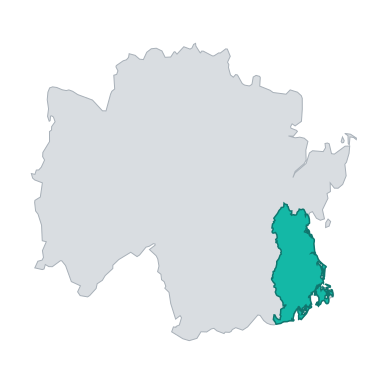 location of Mecklenburg-Vorpommern within Germany, rotated 93°
{"feature_id": "DEU-3488", "entity_name": "Mecklenburg-Vorpommern", "entity_type": "State", "adm_level": 1, "iso_a3": "DEU", "parent_name": "Germany", "parent_adm1": "", "projection": "natural_earth1", "projection_center": [12.667, 53.898], "detail": "fine", "context": "in_parent", "style": "filled", "palette": "teal", "viewbox_px": 384, "rotation_deg": 93, "n_neighbors": 0, "source": "natural_earth", "source_scale": "10m", "svg_char_len": 9205}
<svg xmlns="http://www.w3.org/2000/svg" viewBox="0 0 384 384"><g transform="rotate(93 192 192)"><path d="M160.3,343.0L149.1,336.9L139.1,337.5L137.5,335.5L134.1,335.6L129.0,332.4L124.4,334.3L123.3,336.1L123.6,337.2L128.2,337.4L128.8,338.3L124.1,340.2L116.4,339.6L107.4,341.4L99.8,341.1L95.5,339.6L94.3,336.7L94.7,332.5L96.7,327.0L97.3,322.9L96.5,320.3L97.7,316.4L100.7,311.2L105.4,296.2L115.6,285.7L115.5,282.1L98.4,278.4L95.6,277.3L93.2,274.6L79.5,276.2L78.5,273.4L74.9,272.3L71.0,274.5L69.7,274.2L64.6,267.6L63.4,264.4L60.9,262.4L57.2,262.0L58.5,255.9L62.1,251.3L62.3,247.5L54.8,244.5L51.1,240.2L50.3,235.2L52.7,229.4L58.9,225.9L58.3,220.3L53.1,217.3L52.8,216.4L55.1,214.2L47.4,207.8L49.4,201.4L48.1,199.5L44.5,198.1L43.4,196.2L46.0,195.8L52.4,191.3L52.6,190.6L50.9,190.0L50.7,188.2L55.0,178.8L54.9,177.2L51.7,172.6L51.7,171.0L47.3,165.8L47.4,164.2L54.5,160.9L60.5,163.3L62.8,161.9L65.8,162.1L73.1,159.7L75.2,156.8L72.4,154.5L72.8,152.7L81.1,147.5L82.5,145.0L83.1,140.3L82.1,138.7L81.0,137.7L74.0,136.9L72.2,134.1L73.0,130.5L74.2,129.8L82.7,129.9L86.3,119.4L88.4,116.2L89.4,103.2L84.9,99.3L86.8,91.9L90.1,87.9L92.6,86.8L103.6,86.2L115.7,86.4L120.6,92.5L118.7,95.6L121.6,97.0L123.1,96.5L125.0,90.8L126.0,89.9L131.0,93.7L131.0,98.6L132.5,91.9L131.6,87.2L132.4,82.7L135.4,78.9L144.2,80.5L154.1,79.7L157.7,81.4L166.0,90.1L172.3,92.0L167.5,90.1L157.5,79.5L146.9,76.8L144.5,73.8L144.8,63.1L140.9,61.0L136.6,61.7L136.0,59.3L136.7,57.5L146.4,54.7L146.7,51.8L138.2,41.5L137.9,36.9L145.2,37.2L154.2,39.3L156.3,40.8L167.8,38.9L176.5,41.9L180.6,46.3L180.7,50.0L175.6,54.5L184.3,53.8L186.5,57.1L191.2,55.9L202.9,60.8L211.9,58.3L213.5,62.3L211.7,66.4L205.3,70.7L206.7,73.4L208.7,74.0L214.7,73.4L224.1,76.0L236.7,67.8L246.8,66.9L261.5,54.7L275.9,57.0L279.7,62.2L289.3,68.0L298.1,67.5L301.3,73.0L302.7,79.8L307.8,83.3L315.3,84.8L316.6,91.9L320.4,103.1L320.3,106.6L319.0,110.4L316.6,113.7L311.7,117.5L311.4,119.8L323.8,129.4L327.3,134.2L325.2,141.2L327.2,144.5L329.3,145.7L330.2,147.4L330.2,151.5L331.7,152.6L329.3,160.0L327.0,163.0L327.7,165.5L331.0,170.0L331.1,175.7L337.9,179.4L340.6,187.0L339.0,193.5L332.7,205.0L327.7,203.5L328.0,201.0L327.1,200.9L325.5,197.7L318.1,195.9L316.1,197.4L319.8,201.7L304.5,207.4L293.4,209.7L289.5,214.1L287.5,213.2L283.0,215.1L281.2,217.8L275.8,218.7L273.4,222.2L267.7,221.1L260.6,222.7L257.5,224.5L251.7,231.5L247.1,226.1L245.9,226.1L245.6,227.9L248.4,231.8L249.5,235.1L257.6,241.0L259.4,243.5L255.4,250.0L263.3,261.6L269.3,267.2L272.6,267.1L280.0,274.3L284.9,276.9L288.6,281.9L293.4,282.7L300.7,288.7L302.2,290.7L301.3,298.3L297.7,301.0L291.5,298.5L287.8,307.8L272.1,314.4L267.5,318.5L267.5,319.8L273.9,327.6L274.0,331.1L272.1,334.7L276.6,335.7L277.3,337.5L276.0,345.0L269.2,342.3L267.9,338.2L265.1,336.9L258.4,338.3L249.3,334.9L248.5,339.0L233.0,340.5L222.2,344.6L219.1,347.2L210.6,348.6L208.5,348.4L205.0,343.2L190.7,341.9L188.2,349.7L186.4,351.9L182.0,353.4L182.6,349.8L178.2,348.6L178.0,346.2L175.1,343.8L167.8,340.9L164.5,343.0L160.3,343.0ZM297.6,58.1L298.4,60.9L297.5,62.3L294.0,59.9L290.4,60.0L288.2,63.6L286.6,63.7L281.1,60.5L280.2,58.9L280.6,51.5L282.4,50.0L282.6,47.7L285.7,45.3L288.4,45.2L290.6,48.6L295.9,50.9L296.3,51.9L293.5,54.8L294.2,56.4L297.6,58.1ZM313.7,75.8L313.8,79.1L304.6,78.7L303.8,76.3L304.4,73.9L301.4,71.3L301.4,68.6L313.7,75.8ZM127.6,39.2L125.5,42.5L126.0,36.7L129.6,30.6L131.1,30.7L129.1,33.5L128.7,37.1L136.6,37.4L135.6,38.5L127.6,39.2ZM220.5,56.7L215.6,56.8L211.9,54.7L214.2,52.0L218.9,53.3L220.5,56.7ZM135.1,44.7L133.8,45.7L129.2,44.6L132.7,42.7L134.7,43.2L135.1,44.7Z" fill="#d9dde1" stroke="#a8b0b8" stroke-width="1"/><path d="M315.4,86.0L315.4,87.8L316.5,90.2L316.6,93.0L316.8,93.9L318.6,96.5L319.6,101.1L317.5,102.1L316.6,103.0L315.7,103.3L315.5,103.9L315.1,104.1L310.4,103.6L310.5,102.8L313.1,101.4L314.3,100.0L314.8,99.1L314.8,97.2L312.8,97.2L311.6,96.7L310.8,96.9L310.2,97.6L308.7,97.2L304.6,97.2L302.9,94.8L302.9,93.9L301.4,93.5L300.6,92.5L300.0,92.4L300.0,93.2L301.0,94.9L300.0,95.2L297.8,95.3L295.8,96.5L294.5,97.9L292.8,98.2L292.3,98.5L290.9,101.7L290.1,102.4L287.5,103.6L285.7,103.0L284.2,103.0L283.1,103.6L282.5,105.2L281.2,105.1L280.5,104.2L279.8,104.2L278.7,104.9L278.4,105.6L275.2,107.9L274.3,108.0L273.4,107.6L273.8,107.0L273.6,106.8L270.8,107.2L269.5,106.6L267.2,106.8L266.9,106.5L266.8,105.5L264.4,105.1L263.1,104.2L259.5,103.6L256.9,103.7L254.0,101.8L250.4,100.7L249.3,99.6L247.9,100.2L247.0,99.7L245.2,100.1L244.7,100.8L243.8,101.3L243.5,102.5L241.8,103.4L241.2,103.2L239.4,103.7L238.6,104.4L237.2,104.5L237.8,104.9L237.9,105.5L236.3,105.4L234.9,105.9L234.5,105.2L233.1,104.5L230.3,105.0L228.2,106.4L228.0,106.8L228.5,107.5L228.8,108.8L228.6,109.4L228.0,109.8L227.1,109.9L225.4,109.1L224.3,109.1L223.8,109.3L223.7,110.3L219.8,109.9L218.2,108.5L217.3,109.0L216.1,107.6L213.9,108.9L208.8,105.4L205.9,104.1L203.9,102.4L202.8,102.1L202.5,100.3L201.8,99.6L198.4,99.5L199.2,98.5L199.7,96.3L201.3,96.0L201.7,95.2L203.5,94.7L205.5,93.6L205.9,92.3L205.7,91.4L208.2,91.3L208.9,92.3L209.7,91.5L209.3,91.4L209.7,91.0L209.3,89.0L209.7,88.7L209.8,88.1L209.4,86.8L208.5,86.2L206.7,85.9L205.1,84.4L203.5,84.0L204.0,82.2L203.3,80.3L203.7,79.3L207.7,77.1L208.4,77.2L208.5,77.8L210.1,77.4L208.5,76.8L208.3,76.6L208.3,75.4L208.9,75.3L210.2,74.4L213.0,73.4L216.9,73.0L217.4,73.3L217.8,74.2L219.2,74.6L219.1,76.0L220.7,76.2L222.0,75.3L222.7,76.2L224.1,76.2L225.3,77.5L225.9,77.6L226.5,75.7L226.4,75.0L227.2,74.5L227.0,73.7L228.1,72.8L227.9,72.3L229.0,72.5L229.6,72.2L230.2,71.1L231.3,70.3L231.3,69.3L232.3,68.0L233.3,67.4L234.6,67.3L237.2,67.6L244.8,66.4L246.0,65.8L246.1,69.1L246.9,69.8L246.3,67.8L246.6,67.3L247.5,66.9L247.8,66.4L246.5,66.7L246.7,66.3L249.2,63.8L252.4,62.5L254.1,61.3L257.2,57.6L259.2,54.4L260.2,53.8L260.0,54.1L260.7,54.9L262.1,55.3L269.3,55.3L270.5,55.7L271.2,55.4L272.1,55.6L272.5,56.1L271.7,56.6L270.9,56.7L265.3,56.1L264.6,56.6L263.1,56.5L262.6,57.2L262.4,56.9L261.7,57.2L261.9,57.7L262.4,57.7L262.2,58.0L260.9,57.8L260.0,58.6L258.9,57.8L257.2,57.9L256.6,59.0L256.7,59.7L255.9,59.4L255.6,59.7L255.9,60.2L255.7,60.6L254.8,61.1L255.3,62.4L255.0,62.8L256.4,63.5L257.1,63.6L257.8,63.3L256.3,62.8L256.8,61.9L258.3,61.1L258.5,60.2L261.1,59.1L260.4,58.8L260.4,58.6L261.5,58.6L261.5,58.3L262.1,58.7L264.8,57.7L264.6,57.2L264.9,57.0L266.1,56.9L266.1,57.2L265.3,57.6L265.0,58.6L265.7,57.4L266.6,58.3L267.0,58.0L267.7,58.2L268.3,57.7L269.3,59.1L270.4,59.1L271.1,58.8L272.0,57.4L272.8,56.8L275.3,55.9L276.1,56.1L275.7,56.3L275.9,57.4L278.1,58.6L277.5,59.4L277.6,60.0L278.5,61.1L278.7,62.3L280.5,62.5L280.5,62.8L279.6,63.0L280.6,62.9L284.2,64.2L285.3,65.8L286.2,66.4L285.3,66.9L287.3,66.5L287.9,66.7L287.2,67.5L288.4,67.5L289.4,69.3L290.5,70.0L291.2,70.0L291.2,69.8L290.3,68.6L294.2,68.1L297.7,66.7L297.8,67.1L297.3,67.3L297.3,67.5L300.8,69.5L299.7,71.9L298.8,72.3L300.5,73.8L301.8,74.3L302.1,75.6L303.9,76.1L304.0,76.5L303.5,77.3L301.2,78.8L300.8,79.3L301.1,79.8L302.6,80.3L303.8,81.6L304.1,81.5L306.5,83.0L307.5,83.2L308.2,83.8L313.0,84.4L313.9,84.2L314.5,83.5L315.0,83.6L315.4,83.9L315.5,84.6L313.8,85.7L315.4,86.0ZM297.2,57.7L298.6,59.4L299.4,59.7L298.3,60.8L298.0,62.4L297.0,62.2L297.7,62.1L297.7,61.3L296.7,61.8L295.8,61.6L295.8,61.3L296.9,61.0L297.7,60.2L296.0,60.3L294.7,60.8L297.0,59.7L297.0,59.4L295.7,59.4L295.0,59.9L294.1,59.4L290.9,59.7L288.7,61.1L288.0,62.1L286.5,62.5L286.4,63.6L286.8,63.3L286.6,63.0L288.3,62.9L288.5,64.3L288.0,64.4L286.1,64.1L285.0,63.5L285.7,62.2L284.8,62.8L285.1,63.0L283.6,63.3L281.7,62.5L281.4,62.1L281.6,61.6L279.8,61.9L279.6,61.6L279.8,61.3L280.7,61.3L280.7,61.1L278.7,60.0L279.8,58.4L280.6,58.1L282.1,58.5L283.5,58.0L282.6,57.7L282.6,56.6L281.8,56.2L280.0,56.3L280.8,55.3L283.3,54.6L283.7,54.1L282.4,53.6L282.2,53.3L282.4,52.7L280.9,53.0L280.3,52.6L280.1,51.7L279.6,51.6L283.3,51.2L284.2,51.7L284.5,52.5L284.8,51.9L284.6,51.3L285.6,50.4L286.7,49.9L285.9,51.3L286.6,51.6L286.1,52.4L287.2,52.0L287.4,51.6L286.6,51.3L287.0,50.7L288.3,52.3L288.1,53.0L288.7,53.6L291.1,53.8L290.9,53.5L291.6,52.4L290.9,51.0L291.6,50.7L290.5,51.0L289.0,51.0L288.5,50.3L287.7,50.1L286.7,48.8L283.7,50.9L283.1,50.7L283.2,49.5L284.0,48.5L284.3,47.5L282.2,47.8L282.3,47.1L283.1,46.6L287.4,45.7L289.1,46.0L289.1,46.3L287.4,47.2L287.2,47.8L287.5,49.1L288.5,49.9L289.8,50.2L293.9,49.6L295.4,49.9L296.3,50.6L296.5,51.7L295.7,52.7L293.6,53.9L293.3,54.5L293.7,55.9L294.4,56.9L297.2,57.7ZM313.6,76.3L313.1,77.4L312.5,77.6L313.4,78.8L309.8,79.1L308.5,78.7L306.8,79.8L305.0,80.1L301.9,79.9L301.3,79.3L304.8,77.9L305.0,76.7L303.8,75.0L303.9,74.0L306.1,74.2L305.6,76.2L306.5,75.3L307.8,75.3L307.4,75.9L308.5,76.2L308.2,75.7L308.6,74.6L308.6,73.6L308.1,72.9L307.4,73.1L306.3,71.5L305.2,71.0L304.2,71.5L304.5,72.3L303.4,73.4L302.3,73.7L302.4,73.1L303.0,72.3L302.6,71.7L301.3,72.2L300.4,73.0L299.7,72.8L300.8,70.7L301.0,69.6L300.7,69.0L299.0,67.5L299.8,66.7L301.0,66.7L302.3,68.9L303.2,69.6L307.4,71.3L313.6,76.3ZM223.3,74.5L223.8,73.6L224.9,72.8L226.3,72.5L227.2,72.8L225.9,75.3L225.5,75.4L225.7,74.4L225.6,73.9L225.1,74.2L225.3,74.8L224.8,75.1L223.3,74.5ZM279.6,49.3L278.8,49.8L278.3,52.1L277.4,53.0L277.2,54.6L277.1,53.1L278.3,49.4L278.5,49.1L279.8,49.1L280.0,49.8L279.8,49.6L279.8,50.2L279.6,50.2L279.6,49.3ZM228.2,70.7L228.4,70.3L231.0,69.2L229.0,70.8L228.5,71.4L228.2,70.7Z" fill="#14b8a6" stroke="#0f766e" stroke-width="1.5"/></g></svg>